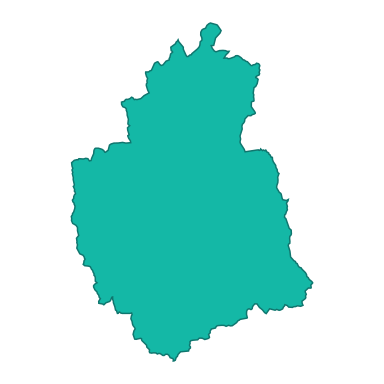 Lauricocha, Huánuco, Peru (orthographic projection)
{"feature_id": "86281439B71968127202284", "entity_name": "Lauricocha", "entity_type": "district", "adm_level": 2, "iso_a3": "PER", "parent_name": "Peru", "parent_adm1": "Huánuco", "projection": "orthographic", "projection_center": [-76.689, -10.174], "detail": "fine", "context": "isolated", "style": "filled", "palette": "teal", "viewbox_px": 384, "rotation_deg": 0, "n_neighbors": 0, "source": "geoboundaries", "source_scale": "gbopen_adm2", "svg_char_len": 5919}
<svg xmlns="http://www.w3.org/2000/svg" viewBox="0 0 384 384"><path d="M288.3,199.5L286.4,200.5L282.8,199.7L282.1,198.2L281.2,194.1L280.5,193.1L279.4,192.5L276.9,188.3L276.6,187.3L276.8,185.6L277.8,182.7L278.0,180.1L277.7,177.1L279.0,173.5L278.1,172.9L277.3,171.3L277.2,169.6L275.9,167.4L275.7,165.4L273.3,161.8L272.5,159.6L272.4,157.6L271.9,157.1L271.3,157.3L271.0,157.1L270.2,155.0L269.0,154.3L268.8,153.1L267.9,152.4L267.1,152.2L265.8,150.1L265.1,150.8L263.4,150.0L262.5,150.6L260.7,149.0L260.5,149.9L259.5,150.4L259.0,150.0L258.7,150.2L258.4,149.9L257.1,150.0L245.1,151.8L244.2,149.3L240.5,143.5L240.0,142.0L240.6,139.0L240.0,136.0L242.2,129.1L241.9,126.1L242.5,124.1L243.5,123.2L244.5,121.6L244.9,119.0L248.0,115.6L250.9,115.7L252.5,114.5L254.1,114.1L255.2,113.4L255.3,112.9L254.7,111.6L251.3,106.7L251.4,102.2L252.2,101.5L253.7,101.2L254.0,100.7L253.8,97.9L253.5,97.2L253.8,94.8L253.2,93.2L254.0,87.6L255.7,86.5L257.2,83.6L258.1,79.3L256.9,78.1L255.7,77.6L255.7,77.1L256.7,76.1L259.2,74.9L259.6,73.5L259.1,72.4L259.9,69.9L259.2,68.9L259.2,67.6L259.8,65.8L259.5,64.9L258.6,63.7L256.5,63.2L255.4,64.4L253.0,64.9L252.2,65.6L251.1,65.6L247.4,61.7L245.7,61.2L244.5,60.1L243.1,59.8L241.0,57.6L238.6,56.0L237.2,55.6L235.6,55.8L234.6,56.8L230.0,58.5L228.1,58.7L227.1,58.0L224.0,58.1L226.0,54.8L228.4,52.5L229.1,51.3L226.9,51.4L225.8,50.7L223.1,50.4L219.5,50.6L216.0,51.8L214.4,51.1L212.3,48.4L211.2,45.6L213.7,45.4L215.6,37.9L220.0,33.1L221.1,30.6L217.5,25.3L216.9,24.8L210.4,23.0L208.9,23.7L206.9,25.4L205.6,28.2L203.1,29.1L201.9,30.0L200.8,32.2L200.7,35.1L201.8,37.7L202.0,39.4L201.8,40.3L200.2,41.8L199.9,45.0L199.3,46.7L197.6,48.8L191.8,53.7L191.5,54.7L189.9,55.0L188.1,56.5L186.9,56.5L186.1,55.4L183.8,50.4L183.3,49.1L183.3,47.2L178.7,41.6L178.1,39.8L177.2,41.3L176.2,42.0L175.5,43.7L170.8,47.2L171.2,50.6L172.3,51.4L172.6,52.1L170.6,54.0L169.9,57.4L169.2,58.4L169.3,59.8L166.0,61.2L163.0,64.9L161.2,65.5L160.0,64.6L158.0,61.9L157.3,61.8L155.1,62.9L154.5,63.4L151.4,70.4L150.0,70.8L148.7,71.9L145.7,72.0L145.6,73.2L146.5,76.5L147.6,78.3L146.9,80.9L147.2,82.8L146.4,83.9L146.3,85.5L147.7,90.1L149.1,92.9L144.1,95.6L141.0,98.5L139.9,98.9L136.9,99.6L135.4,99.3L134.3,99.6L132.8,97.7L131.5,97.2L130.0,98.6L127.9,99.4L126.1,99.3L125.0,100.2L124.5,101.2L121.5,102.1L121.6,104.5L122.8,106.7L125.4,107.8L126.4,109.0L126.2,110.0L127.1,112.5L127.2,115.3L128.4,119.1L127.9,123.6L128.2,124.5L129.7,125.7L127.5,127.8L127.7,130.1L129.1,134.8L127.8,135.6L127.8,136.0L128.7,138.3L130.4,140.8L130.7,142.7L125.8,143.1L122.6,142.4L118.3,143.0L113.9,143.1L111.0,144.0L109.5,145.1L108.2,150.2L105.4,152.3L104.8,152.2L103.7,150.5L102.0,149.3L98.4,148.2L95.7,148.2L95.0,148.5L94.3,149.6L93.9,150.8L93.7,153.6L91.6,158.4L91.1,160.5L89.4,160.9L87.9,158.7L85.8,158.3L83.4,159.0L79.1,158.7L78.6,158.9L78.0,159.8L76.9,159.7L74.3,160.3L71.6,162.7L72.0,166.1L72.8,168.4L72.0,170.0L72.8,172.5L72.3,173.6L73.3,177.5L73.2,179.6L74.3,184.5L74.1,185.8L73.3,186.4L74.6,189.3L74.4,191.2L74.9,191.5L75.5,193.8L74.4,194.9L73.7,196.8L73.7,198.4L72.4,200.1L72.9,201.8L74.1,203.2L74.1,204.1L75.0,206.1L74.8,208.3L73.7,211.9L72.5,213.6L72.4,214.9L71.3,216.4L71.7,218.7L71.5,220.6L72.7,223.4L76.0,225.3L77.5,227.5L77.5,230.8L78.7,235.5L76.5,238.2L77.0,241.7L76.8,242.6L77.5,244.8L76.8,248.1L79.8,253.8L83.0,255.2L84.2,256.9L84.4,258.1L85.1,259.1L84.0,260.9L83.8,262.9L83.2,264.4L84.7,265.7L88.5,266.1L90.3,266.7L91.6,269.4L92.5,270.2L93.3,272.6L94.0,273.5L94.0,275.4L94.9,276.2L95.3,277.8L95.3,281.2L97.0,282.8L95.0,284.0L93.9,285.2L93.6,285.6L93.6,287.0L94.9,289.8L97.1,292.1L97.4,293.5L98.7,295.1L99.3,297.5L100.4,298.6L98.7,301.3L98.8,303.3L102.1,303.9L103.0,304.1L103.5,304.7L104.0,304.7L105.9,302.8L109.5,301.5L110.4,300.7L111.8,297.3L112.6,297.0L112.7,299.7L113.3,300.8L113.4,302.7L114.9,306.9L115.5,310.0L116.5,310.7L117.4,313.4L118.2,313.3L119.0,312.2L119.6,312.0L120.7,313.0L122.3,313.4L130.1,313.4L131.6,313.0L132.1,314.5L131.4,315.9L130.9,318.8L132.1,321.5L132.5,324.1L133.1,325.6L134.6,327.6L135.2,328.9L133.9,330.9L133.1,334.4L134.7,339.1L136.1,339.3L140.5,338.3L141.5,338.6L141.5,339.7L142.1,340.8L146.5,345.1L146.9,347.2L149.5,349.7L149.3,351.7L149.7,352.7L151.4,353.1L153.9,352.8L156.0,353.0L157.3,354.0L158.6,353.5L160.1,353.5L162.8,355.4L164.0,355.5L165.8,354.2L167.5,354.3L168.9,355.3L170.2,357.7L172.8,358.6L173.4,359.5L173.2,361.0L174.1,360.9L175.3,360.2L176.2,357.4L177.4,356.4L178.0,354.5L180.5,351.8L188.6,351.0L189.0,349.3L190.4,348.0L190.4,346.8L189.7,346.0L189.5,345.0L190.1,343.5L189.9,341.9L190.8,340.7L192.9,340.2L197.7,339.8L198.9,338.4L199.9,338.1L202.2,338.2L204.8,339.5L207.9,338.6L209.0,338.0L209.5,337.3L208.6,334.4L210.2,332.8L210.1,331.2L211.4,329.0L215.5,328.0L215.9,327.0L216.8,326.0L217.8,325.6L221.8,325.3L224.2,325.4L226.1,326.3L228.6,325.3L230.5,325.9L232.3,325.7L236.5,322.7L238.1,320.6L239.4,320.1L240.0,319.4L247.0,318.1L247.3,317.7L246.5,314.3L246.6,311.5L247.0,310.2L248.0,309.2L249.1,308.7L250.6,309.5L251.5,309.4L252.2,308.6L252.5,306.8L253.3,305.6L254.7,303.9L257.0,303.9L259.4,307.4L262.5,309.9L264.6,312.6L266.2,313.6L269.6,308.8L275.1,310.2L276.7,309.4L279.1,310.3L280.5,310.0L282.6,308.9L283.6,306.8L284.5,306.0L284.9,304.7L287.2,305.5L288.7,307.1L292.5,307.4L293.6,306.7L295.6,306.6L297.5,305.8L300.7,306.3L303.0,305.3L302.1,303.2L302.0,301.2L305.4,298.5L305.8,297.5L305.5,295.9L306.3,294.3L305.3,292.2L305.2,291.0L308.4,288.0L310.9,288.1L311.2,287.4L310.8,285.2L312.7,282.9L311.9,281.6L309.2,279.4L308.2,277.6L306.8,276.5L306.5,274.5L305.4,272.6L302.0,269.2L301.1,267.8L299.6,267.4L298.8,266.7L298.2,265.9L297.2,263.6L295.9,262.9L295.4,261.5L293.9,260.7L290.6,257.0L289.9,251.1L288.2,245.5L288.6,244.1L289.8,243.3L289.9,241.3L289.6,238.6L289.8,236.4L290.9,235.2L291.4,233.9L291.2,230.1L289.2,228.3L285.9,218.7L284.5,217.3L284.8,214.6L285.7,214.0L286.4,211.6L287.4,209.8L287.0,207.9L287.4,206.4L286.5,203.5L286.8,202.5L288.0,200.9L288.3,199.5Z" fill="#14b8a6" stroke="#0f766e" stroke-width="1.5"/></svg>